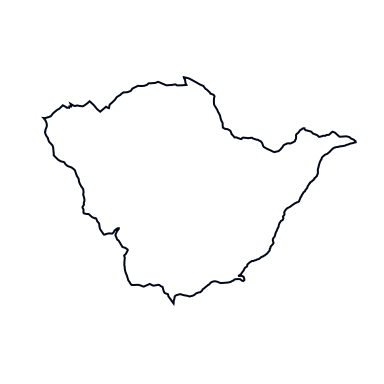 Ciocanesti, Suceava, Romania (Albers equal-area conic projection), rotated 187°
{"feature_id": "2599482B33637098668000", "entity_name": "Ciocanesti", "entity_type": "district", "adm_level": 2, "iso_a3": "ROU", "parent_name": "Romania", "parent_adm1": "Suceava", "projection": "albers", "projection_center": [25.216, 47.495], "detail": "fine", "context": "isolated", "style": "outline", "palette": "ink", "viewbox_px": 384, "rotation_deg": 187, "n_neighbors": 0, "source": "geoboundaries", "source_scale": "gbopen_adm2", "svg_char_len": 6004}
<svg xmlns="http://www.w3.org/2000/svg" viewBox="0 0 384 384"><g transform="rotate(187 192 192)"><path d="M193.6,298.6L197.3,299.7L201.5,301.5L208.1,304.1L209.8,304.5L214.1,304.9L213.7,303.8L212.8,303.0L212.3,301.5L211.6,299.1L210.6,297.6L215.0,296.7L219.6,296.0L220.5,296.2L221.1,296.7L221.7,296.8L225.0,295.8L230.1,294.8L231.6,295.1L238.9,297.2L239.8,296.9L240.8,296.2L242.6,295.6L246.6,294.8L247.9,294.7L248.4,294.5L249.7,292.9L252.3,291.6L255.1,291.0L258.4,290.8L259.6,290.1L263.6,287.5L264.2,286.7L264.7,285.5L265.2,284.9L265.9,284.4L268.1,283.3L269.5,282.9L272.2,282.5L274.3,280.6L275.0,279.6L277.8,277.4L278.5,276.6L279.7,274.2L282.0,271.3L284.1,269.0L284.6,267.5L284.5,266.5L284.7,265.1L285.9,265.3L287.7,266.2L292.9,260.5L296.3,262.7L300.2,266.4L304.7,269.6L306.4,267.6L309.1,265.0L310.9,263.7L314.3,263.7L316.1,263.9L316.7,263.9L318.0,263.2L319.9,263.2L323.3,264.7L322.3,262.9L322.4,262.1L324.1,262.1L324.2,260.6L325.2,260.7L326.3,260.3L327.4,261.0L330.8,262.3L333.9,258.4L335.6,257.3L338.5,254.3L339.8,252.7L341.2,250.2L342.6,249.3L345.9,247.8L347.7,247.3L348.4,247.3L346.6,245.7L345.2,243.6L344.6,242.1L344.2,240.7L344.2,239.0L345.1,235.7L344.9,235.2L344.9,234.8L345.3,233.9L344.8,232.4L344.5,231.7L343.1,229.5L342.4,228.9L341.5,227.8L341.2,226.7L340.5,225.4L339.9,224.4L336.1,221.2L335.2,219.1L333.8,212.7L333.7,211.5L328.8,207.7L325.8,206.4L323.1,206.2L322.3,205.8L320.8,204.0L318.6,202.6L314.6,201.7L311.4,199.8L310.8,199.1L310.3,198.1L308.3,194.0L306.3,191.6L305.7,189.8L305.4,188.5L304.2,186.3L302.5,183.9L300.5,181.8L300.2,181.1L299.6,178.6L299.7,176.1L299.0,174.7L298.4,173.0L298.0,172.2L297.7,170.0L298.1,167.7L297.7,166.5L297.8,165.9L298.8,164.0L298.8,163.4L298.6,162.8L297.5,161.4L297.3,158.4L296.8,157.7L294.1,157.3L292.1,157.5L291.5,157.3L288.3,155.0L286.6,154.4L286.2,154.4L285.4,154.0L284.5,154.3L284.2,154.2L283.6,153.6L282.4,151.3L280.7,149.8L280.3,149.2L279.4,145.7L278.9,144.4L278.1,143.2L274.3,139.0L274.0,139.0L272.8,139.3L272.3,139.8L269.4,140.8L266.4,141.0L265.8,141.2L265.2,142.0L264.8,142.6L264.1,144.4L262.9,145.4L262.7,145.9L261.2,147.0L260.2,147.1L260.2,146.4L261.8,143.6L262.8,139.9L261.8,138.1L261.5,137.8L260.9,136.4L260.4,135.6L259.3,135.1L258.5,134.4L254.4,129.0L251.1,128.3L249.0,127.1L248.7,126.7L248.7,126.2L250.2,122.3L251.4,121.0L251.6,120.6L251.5,120.2L250.7,118.8L250.6,114.6L250.4,112.7L250.3,111.1L249.7,109.8L249.4,107.6L248.2,104.2L246.7,101.6L244.4,96.5L243.7,95.8L241.6,93.2L240.7,92.4L238.2,92.6L235.8,93.1L233.1,93.3L228.6,92.2L228.0,92.4L222.7,95.6L219.7,94.5L218.4,94.4L214.1,95.8L213.0,95.7L211.6,94.8L209.6,94.1L207.9,89.9L206.9,88.5L203.3,87.5L202.8,85.7L196.7,79.1L196.7,80.1L196.9,81.6L196.5,83.6L196.4,86.3L195.6,87.2L194.6,87.9L191.1,89.2L187.8,88.6L183.8,88.4L181.7,88.0L179.0,89.0L177.4,89.9L175.5,91.9L174.8,92.3L173.1,93.1L172.3,93.4L171.8,93.4L171.4,93.7L169.9,95.5L169.7,96.5L168.5,97.6L166.5,99.8L165.5,100.7L164.8,101.6L163.8,102.2L162.3,104.4L161.7,104.9L160.0,105.8L158.5,106.2L156.4,106.1L152.5,105.1L146.7,106.2L144.4,106.8L142.9,107.4L140.9,108.8L139.9,109.3L139.4,110.2L138.7,110.6L135.9,111.2L133.4,111.3L131.5,110.0L130.2,109.9L130.1,110.0L130.0,110.4L129.3,111.0L129.5,112.1L130.4,114.0L131.5,114.6L132.6,114.8L136.0,114.3L134.3,115.4L133.2,116.7L132.7,117.9L131.2,120.4L130.4,123.0L128.6,124.6L128.2,125.1L128.3,126.3L128.0,127.0L126.3,129.0L124.0,130.9L122.9,130.9L121.4,131.8L120.2,132.2L119.2,133.0L118.2,133.3L117.0,134.0L115.2,135.9L114.7,136.3L113.7,136.6L113.2,137.2L112.0,138.0L110.7,139.4L110.2,139.7L107.9,143.3L107.7,144.0L107.9,144.8L107.8,145.2L107.3,146.2L107.3,147.4L105.4,150.1L104.9,151.1L105.0,151.8L105.6,152.9L105.9,154.0L106.0,154.9L105.9,155.4L105.7,155.9L104.7,157.7L104.4,158.5L104.3,159.6L103.8,162.3L103.2,163.7L102.9,165.2L101.9,167.9L101.8,169.9L101.2,172.1L100.2,174.0L98.6,175.3L98.1,176.7L98.1,177.2L98.6,178.2L98.7,178.6L98.5,179.2L97.7,180.3L97.5,181.2L97.6,181.8L98.0,183.0L97.6,184.2L96.8,185.8L95.8,187.2L95.2,187.7L92.4,189.6L91.5,190.7L89.5,192.3L89.2,192.8L86.6,194.5L85.7,194.8L84.6,195.8L84.3,197.3L83.9,198.4L83.7,199.8L83.0,200.7L82.8,201.2L82.9,201.8L81.7,204.1L81.3,205.2L79.9,206.6L79.7,207.7L78.4,209.6L78.2,210.1L77.9,211.8L76.6,214.3L76.5,214.8L75.9,215.3L75.9,215.9L74.1,217.4L73.7,218.2L72.8,218.8L72.6,219.5L72.2,219.9L72.1,220.7L71.4,221.2L71.0,221.7L70.9,222.1L69.9,223.2L69.9,224.0L69.4,225.3L69.4,225.8L69.6,228.4L69.9,229.5L69.5,231.8L69.3,234.2L68.7,237.4L68.0,239.4L67.5,240.0L67.5,241.0L67.1,242.2L66.5,243.1L64.4,245.3L62.5,246.3L60.3,248.6L57.9,251.9L56.6,253.0L54.7,254.0L51.9,254.7L51.0,255.3L49.7,255.5L45.9,256.6L44.0,257.8L42.9,258.1L40.7,259.4L39.2,259.8L35.6,261.3L35.8,262.3L36.5,262.6L37.7,263.6L40.6,264.4L42.0,265.4L42.8,265.7L45.5,266.1L51.7,264.9L52.6,265.0L55.9,267.3L57.0,268.2L58.1,268.5L59.6,269.0L60.0,268.9L60.9,268.0L62.8,265.6L63.6,265.3L65.4,265.0L66.5,264.1L67.2,263.9L68.0,264.0L71.5,262.5L72.6,262.2L74.9,263.8L78.9,264.7L81.2,266.5L86.8,267.2L87.5,267.7L88.0,268.3L88.1,268.9L89.5,268.8L92.5,266.2L93.1,264.8L94.3,263.1L95.0,262.6L95.5,261.8L95.7,261.2L95.4,259.5L95.3,257.3L95.9,256.3L96.0,255.1L96.4,254.7L97.5,253.8L100.0,252.3L100.8,252.0L101.6,252.2L103.8,251.7L104.3,251.1L105.8,250.4L106.9,249.4L107.6,247.7L109.5,244.8L111.2,243.0L113.3,242.4L114.6,241.7L116.5,241.9L119.1,242.9L122.5,243.9L126.3,245.5L127.0,246.4L128.5,249.4L130.1,250.8L131.7,251.2L133.0,251.9L134.1,251.8L137.9,252.5L138.9,253.1L139.8,253.1L140.5,252.8L143.1,252.2L144.5,252.4L145.3,252.2L147.5,252.3L148.7,251.8L149.3,250.6L149.9,250.5L153.3,251.2L154.4,251.6L156.5,251.4L158.2,253.1L159.7,254.2L159.8,254.8L160.3,255.3L160.7,256.4L161.3,257.2L162.0,257.8L164.4,258.7L166.9,258.7L169.2,259.7L169.8,262.5L169.9,263.6L170.2,264.5L171.6,266.4L172.6,268.6L173.5,271.3L175.4,274.1L176.0,274.8L176.9,276.6L180.4,280.9L180.9,282.0L181.3,284.7L181.5,285.6L181.4,286.5L181.6,287.3L181.3,289.8L182.2,290.9L183.4,291.4L185.8,291.9L186.2,292.7L186.5,293.0L189.9,295.5L190.8,295.8L191.8,296.6L193.6,298.6Z" fill="none" stroke="#020617" stroke-width="2"/></g></svg>